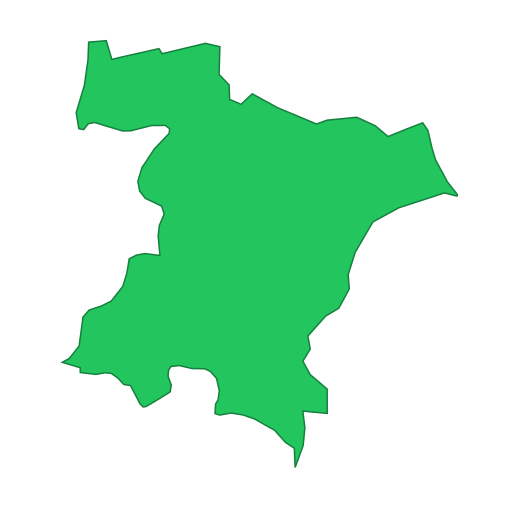 Ashtarak, Aragatsotn, Armenia (Natural Earth projection), rotated 96°
{"feature_id": "60910142B23777318825008", "entity_name": "Ashtarak", "entity_type": "district", "adm_level": 2, "iso_a3": "ARM", "parent_name": "Armenia", "parent_adm1": "Aragatsotn", "projection": "natural_earth1", "projection_center": [44.276, 40.353], "detail": "fine", "context": "isolated", "style": "filled", "palette": "green", "viewbox_px": 512, "rotation_deg": 96, "n_neighbors": 0, "source": "geoboundaries", "source_scale": "gbopen_adm2", "svg_char_len": 1590}
<svg xmlns="http://www.w3.org/2000/svg" viewBox="0 0 512 512"><g transform="rotate(96 256 256)"><path d="M462.2,195.0L439.7,189.3L421.9,189.4L405.3,193.2L405.3,187.1L405.1,168.7L380.9,171.3L368.3,189.7L355.7,198.4L342.9,192.3L330.2,196.1L308.4,180.4L299.3,168.2L278.9,159.8L264.9,162.4L241.9,157.7L209.9,143.3L193.1,119.0L173.6,75.2L175.4,62.4L173.8,62.2L162.4,73.3L154.1,78.9L141.9,87.3L130.9,92.0L113.3,98.1L106.1,104.1L113.7,119.0L123.4,137.2L114.0,151.0L107.5,170.3L113.5,199.6L118.4,209.6L106.3,250.0L95.1,276.7L106.7,286.7L103.0,298.6L88.7,300.6L79.3,311.7L51.6,313.8L49.8,328.5L64.6,370.5L59.9,374.2L72.6,411.7L75.6,419.9L57.5,427.4L60.8,444.8L78.2,443.6L104.0,444.5L132.2,449.8L137.4,448.4L146.8,445.8L147.9,445.5L148.3,440.5L142.1,436.8L140.1,430.4L142.4,418.5L145.6,401.9L144.6,393.7L137.2,373.6L135.6,359.8L138.5,355.2L143.2,355.2L160.1,368.3L180.2,378.7L194.1,381.3L203.6,378.5L210.3,372.0L216.3,355.0L224.0,351.7L235.5,355.3L246.4,355.4L265.5,351.6L265.2,366.7L267.6,375.0L272.0,381.8L286.3,382.6L300.2,385.3L316.0,395.3L321.8,404.4L327.2,416.3L334.9,421.7L364.0,422.5L377.5,431.1L382.0,437.6L385.5,419.1L390.3,418.6L390.5,402.8L387.9,394.0L387.9,387.6L391.7,380.8L397.6,374.0L397.9,367.3L415.4,355.7L417.9,352.3L417.2,349.6L410.8,340.9L400.1,327.1L393.1,326.8L384.7,330.9L378.7,331.0L374.8,329.0L373.0,320.9L374.6,307.7L373.5,295.2L375.6,289.3L381.8,282.5L393.8,278.4L402.9,278.7L407.5,280.7L417.0,280.3L418.0,275.5L414.8,264.4L415.4,252.6L418.1,240.8L427.5,219.1L431.7,214.5L438.3,207.2L443.2,197.8L462.2,195.0Z" fill="#22c55e" stroke="#15803d" stroke-width="1.5"/></g></svg>